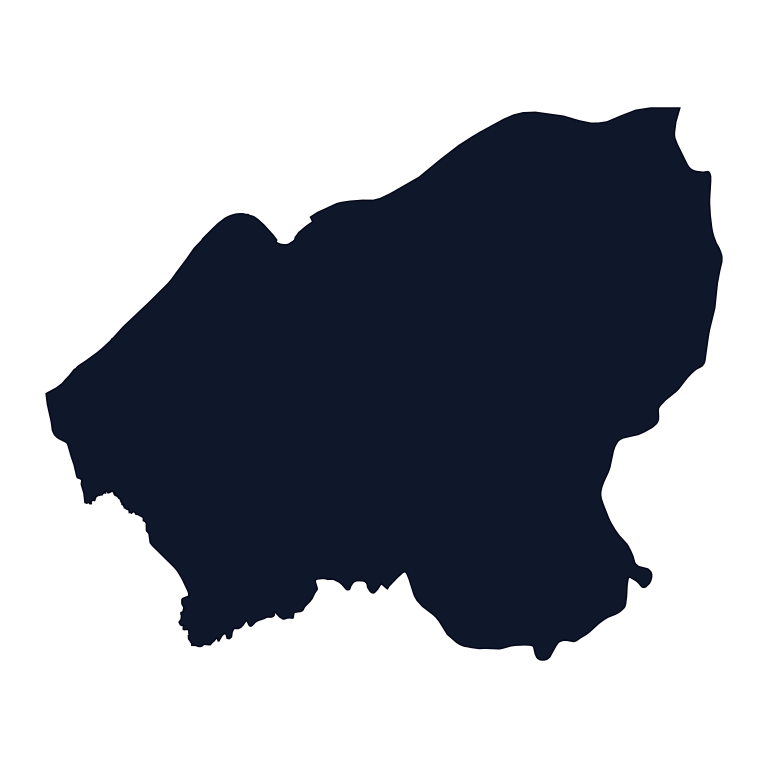 outline of Sawang Wirawong, Ubon Ratchathani, Thailand
{"feature_id": "78962969B62238671099261", "entity_name": "Sawang Wirawong", "entity_type": "district", "adm_level": 2, "iso_a3": "THA", "parent_name": "Thailand", "parent_adm1": "Ubon Ratchathani", "projection": "equal_earth", "projection_center": [105.01, 15.236], "detail": "fine", "context": "isolated", "style": "filled", "palette": "ink", "viewbox_px": 768, "rotation_deg": 0, "n_neighbors": 0, "source": "geoboundaries", "source_scale": "gbopen_adm2", "svg_char_len": 6076}
<svg xmlns="http://www.w3.org/2000/svg" viewBox="0 0 768 768"><path d="M310.5,217.1L312.8,221.8L306.6,226.0L298.6,232.7L297.8,234.1L295.4,237.2L295.0,238.3L295.0,239.6L293.2,241.3L288.6,244.2L287.0,244.7L284.3,244.9L280.0,244.2L276.1,242.4L276.0,242.0L276.7,240.0L272.9,235.0L263.7,224.9L258.0,219.7L254.4,217.1L251.8,216.0L249.8,215.7L248.0,214.5L246.1,214.6L243.0,213.8L240.0,213.8L236.3,214.1L232.9,214.9L228.2,216.6L224.8,218.5L218.0,223.7L213.2,228.3L202.7,238.8L201.6,240.7L194.4,248.1L186.8,259.0L176.1,273.2L171.7,279.4L168.0,283.7L148.4,303.2L123.2,327.0L113.3,338.0L111.8,339.0L111.5,339.8L109.6,341.8L101.9,348.9L96.8,353.1L85.1,361.6L79.0,365.6L77.1,367.2L76.1,368.5L74.1,369.7L69.8,375.3L65.5,379.8L62.2,383.7L56.1,388.2L46.1,393.6L47.4,404.1L51.4,422.1L52.4,429.9L52.9,431.4L54.5,434.7L56.6,436.9L59.0,438.6L66.5,442.4L67.5,443.7L68.3,446.0L71.3,456.5L74.1,464.8L76.9,476.7L77.6,477.8L80.1,478.6L81.4,479.5L81.8,480.1L81.3,484.4L83.9,493.1L85.0,502.6L86.9,503.2L87.5,502.7L88.8,502.4L89.8,503.6L90.4,503.3L90.8,503.8L91.2,503.8L91.4,503.3L90.9,502.2L91.0,501.6L91.8,500.8L93.8,500.0L94.2,499.9L94.3,500.6L94.6,500.6L95.1,499.3L95.1,498.5L95.5,498.0L95.5,496.8L95.8,496.4L96.5,496.6L96.8,496.0L97.6,495.9L98.9,494.7L99.5,495.3L100.2,494.9L102.0,494.9L102.6,493.9L103.6,493.2L103.8,492.1L104.2,492.0L105.0,492.9L105.4,493.0L105.2,491.4L105.8,490.9L106.5,491.0L107.6,492.6L108.2,492.9L110.6,492.0L110.9,491.1L111.6,491.4L112.8,491.1L113.0,491.7L113.6,492.0L113.8,493.1L114.8,493.3L114.8,493.7L114.4,493.9L114.3,494.3L115.1,495.3L116.0,495.2L116.3,496.0L117.3,496.0L119.1,498.5L120.3,498.9L120.3,499.8L121.0,500.4L120.9,501.5L121.3,501.8L121.5,502.7L122.0,502.9L122.0,504.4L122.5,504.7L123.2,504.3L123.4,504.4L123.6,505.9L124.1,506.3L124.4,507.8L125.5,508.0L126.2,508.9L128.1,509.6L128.4,509.5L128.6,508.5L128.8,508.5L129.3,512.5L130.5,512.2L131.0,513.0L131.4,513.2L132.8,511.9L133.9,511.7L135.2,512.8L136.0,514.3L137.4,514.3L143.1,517.3L143.4,518.8L143.3,520.6L145.4,521.7L146.4,523.5L146.4,530.1L146.7,531.0L148.7,533.2L149.1,534.2L150.1,541.9L150.4,542.9L152.5,545.6L174.3,567.1L177.3,570.7L179.6,574.3L182.5,579.4L187.9,590.8L188.7,593.2L188.8,596.1L183.1,598.3L182.5,598.7L182.0,599.4L181.8,601.9L182.0,604.0L183.6,606.8L183.8,608.2L182.8,612.1L181.3,612.4L180.9,612.8L180.9,613.9L181.5,615.6L181.2,618.7L180.9,619.7L179.3,621.8L179.2,622.4L180.4,624.8L181.9,625.5L182.3,625.0L183.4,625.7L183.3,629.4L184.6,629.7L185.8,629.4L188.9,629.7L188.8,633.2L189.4,633.8L189.5,634.3L188.4,635.7L188.6,638.7L188.8,639.3L190.1,640.7L190.6,641.9L191.7,643.4L191.8,645.3L195.6,645.4L198.4,646.4L200.3,646.5L202.0,646.0L203.8,644.3L210.2,644.8L212.5,642.1L214.1,640.9L215.6,639.0L216.6,638.1L217.3,638.3L218.2,640.9L218.9,640.9L221.7,636.0L223.0,634.5L224.5,633.6L225.3,633.7L226.2,634.5L227.1,638.2L229.2,638.7L231.4,637.0L232.1,632.2L233.5,629.1L234.8,628.3L238.1,628.6L240.8,627.3L242.9,625.2L245.0,622.1L246.3,620.7L246.8,620.7L247.4,621.4L248.8,624.7L249.6,625.7L250.2,626.1L251.3,626.0L252.0,625.6L255.5,621.9L258.5,620.3L264.4,618.4L266.9,617.0L271.1,617.1L272.5,616.7L273.7,615.9L274.3,615.0L274.4,614.0L273.7,612.6L274.2,611.9L275.0,612.1L276.3,613.2L279.6,616.9L282.9,618.9L284.0,619.1L286.8,618.1L289.2,617.8L292.8,618.1L293.2,617.7L293.7,613.9L294.2,612.6L295.0,612.2L300.8,611.4L302.7,610.4L304.2,607.5L305.2,606.1L309.8,601.5L312.2,598.3L314.4,593.5L317.2,589.3L317.1,587.8L315.6,583.0L315.2,580.9L315.6,579.9L317.1,579.0L322.6,578.4L325.1,578.6L327.6,579.3L333.4,579.2L339.3,582.1L342.2,584.5L346.0,589.0L346.9,589.7L347.8,589.8L349.0,589.6L349.6,589.2L350.9,585.7L352.9,582.8L354.4,581.5L356.8,580.7L359.7,580.6L363.3,580.9L365.1,581.6L366.6,583.1L367.2,584.3L367.6,587.3L369.8,590.8L371.4,592.5L373.4,593.0L374.5,592.5L377.6,589.2L380.4,584.7L381.1,584.0L382.3,584.4L385.6,587.4L387.4,588.8L388.8,586.3L396.8,577.9L402.7,572.5L404.5,571.6L405.6,572.0L406.8,573.4L409.2,579.2L413.9,594.2L414.7,596.1L417.0,600.2L422.5,606.3L433.1,614.4L435.8,616.9L439.3,621.2L447.4,634.3L456.7,642.4L460.0,644.4L463.5,645.9L472.0,647.5L479.3,648.5L484.9,648.2L499.3,648.8L502.8,648.1L510.5,645.9L515.2,645.2L524.7,644.8L530.4,645.1L532.6,645.7L533.6,646.6L535.4,654.2L536.9,657.4L537.7,658.3L539.7,659.6L541.9,660.0L544.1,660.0L546.8,659.3L549.7,657.0L555.5,646.4L558.0,642.7L559.6,641.5L563.4,640.2L567.1,640.3L573.5,641.5L574.7,641.3L576.4,640.6L579.9,638.1L586.5,634.1L589.5,631.8L598.7,623.4L603.7,619.7L607.7,617.2L614.6,614.5L618.6,612.5L621.6,610.1L623.9,607.9L624.7,606.7L625.5,604.2L626.5,596.3L627.1,584.8L627.9,579.5L628.4,577.8L628.9,577.2L630.2,577.2L636.3,580.8L638.9,583.2L641.4,586.3L642.4,587.1L644.2,587.4L645.7,586.8L649.3,583.4L650.7,580.7L651.6,577.4L651.7,574.5L650.8,571.9L648.4,569.4L647.5,568.9L638.9,566.7L637.6,565.9L635.2,563.6L634.4,561.7L632.8,555.9L630.6,551.0L628.3,546.5L626.8,544.1L619.1,535.7L615.0,530.0L610.7,522.7L608.7,518.6L603.0,504.1L601.2,498.7L600.7,495.4L600.7,492.1L601.6,487.5L602.5,484.9L604.1,480.8L608.1,472.2L609.8,467.4L613.2,451.3L614.3,447.8L615.2,445.6L617.8,441.2L619.9,439.5L622.9,437.9L638.3,434.4L644.4,431.7L652.6,427.0L656.4,423.6L657.7,421.6L658.4,419.4L658.5,416.3L658.2,410.0L658.6,407.8L660.2,405.4L665.4,399.9L676.3,391.1L678.7,388.6L687.0,377.8L690.8,373.8L693.9,370.9L696.9,368.6L700.3,367.0L702.2,365.8L704.1,363.1L704.8,361.0L708.4,335.4L709.5,329.4L714.7,308.3L717.3,283.3L719.5,271.4L721.8,261.7L721.9,257.2L721.6,255.3L720.2,251.0L718.9,248.0L716.2,243.2L714.0,237.5L712.7,233.0L711.7,228.0L710.2,215.4L709.5,203.4L709.5,199.5L710.6,181.2L710.6,176.4L709.8,173.5L708.9,172.1L707.9,171.6L703.0,172.3L696.5,171.5L693.6,170.7L690.9,169.2L689.0,167.4L687.1,164.5L677.3,144.6L674.8,138.1L674.4,135.2L674.4,132.7L675.8,121.8L679.8,108.0L650.6,108.0L635.8,110.3L621.0,116.0L607.1,121.9L598.7,123.2L591.0,123.3L579.4,120.9L563.3,116.2L535.4,112.3L523.0,112.8L513.6,115.1L503.5,119.5L480.9,131.8L471.2,137.6L458.9,145.5L441.1,159.2L419.1,177.3L390.1,193.9L379.9,198.7L373.2,200.4L362.6,200.3L349.8,201.3L341.7,202.5L337.0,203.6L317.6,212.5L310.5,217.1Z" fill="#0f172a" stroke="#020617" stroke-width="1.5"/></svg>